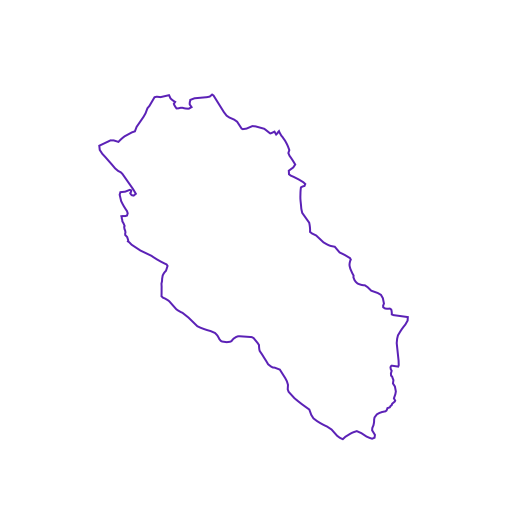 Dognecea, Caras-Severin, Romania, rotated 117°
{"feature_id": "2599482B59152503777278", "entity_name": "Dognecea", "entity_type": "district", "adm_level": 2, "iso_a3": "ROU", "parent_name": "Romania", "parent_adm1": "Caras-Severin", "projection": "albers", "projection_center": [21.734, 45.264], "detail": "fine", "context": "isolated", "style": "outline", "palette": "violet", "viewbox_px": 512, "rotation_deg": 117, "n_neighbors": 0, "source": "geoboundaries", "source_scale": "gbopen_adm2", "svg_char_len": 5120}
<svg xmlns="http://www.w3.org/2000/svg" viewBox="0 0 512 512"><g transform="rotate(117 256 256)"><path d="M299.8,377.2L300.4,376.8L301.1,376.8L301.3,375.2L302.4,372.0L303.6,361.5L303.3,349.2L303.6,347.1L303.8,344.9L304.0,342.8L304.1,340.6L304.2,338.4L304.2,336.3L304.2,334.1L304.1,331.9L305.0,330.3L310.0,329.5L311.3,329.9L312.8,330.2L314.2,330.3L315.7,330.3L318.9,329.3L320.0,328.8L321.2,328.3L322.3,328.0L323.5,327.7L326.3,326.1L329.1,324.7L331.9,323.3L334.8,321.9L335.4,319.8L335.2,318.0L335.3,316.3L335.4,314.5L335.7,312.8L339.6,302.9L339.9,301.1L340.0,299.3L340.1,297.5L340.0,295.7L341.5,288.3L345.2,276.4L345.1,272.9L344.7,269.3L344.2,265.9L343.5,262.4L343.2,257.6L343.5,256.7L343.8,255.8L344.1,255.0L344.5,254.1L345.0,253.3L345.5,252.6L346.0,251.8L346.6,251.1L347.6,248.8L347.6,247.4L346.1,243.0L344.2,240.2L343.0,239.2L341.8,239.0L340.6,238.7L339.5,238.3L338.5,237.7L337.4,237.1L336.7,236.5L336.0,235.9L335.4,235.1L335.0,234.3L330.2,223.0L330.2,220.9L331.1,218.9L332.0,216.8L332.9,214.8L334.0,212.9L335.3,212.2L336.6,211.4L337.9,210.5L339.0,209.5L340.9,206.0L342.9,202.7L344.9,199.3L347.0,196.0L347.7,192.2L347.7,190.4L347.0,188.7L346.4,183.2L351.6,174.4L353.6,171.6L356.3,169.0L360.4,167.2L362.2,165.3L365.3,157.1L366.3,152.5L367.2,147.9L367.9,143.4L368.6,138.8L372.5,134.6L374.6,131.1L375.4,126.6L375.5,125.4L375.7,122.9L375.8,120.3L375.8,117.8L375.7,115.3L376.3,109.9L379.4,102.0L379.4,101.7L379.7,100.2L379.9,98.6L379.9,97.1L379.8,95.5L376.5,94.3L371.4,91.2L370.0,90.2L368.7,89.1L367.5,87.9L366.3,86.7L366.0,81.7L366.7,75.6L366.5,72.3L366.1,69.6L364.1,67.9L361.4,68.8L358.6,73.4L356.4,74.3L353.5,74.5L352.4,74.8L351.3,75.1L350.2,75.5L349.1,76.0L348.1,76.5L346.0,77.1L342.2,76.4L341.3,75.8L340.4,75.2L339.5,74.5L338.7,73.7L337.9,73.0L337.2,72.1L336.5,71.3L335.8,70.3L334.6,69.6L333.5,69.6L331.8,69.8L331.5,69.4L330.1,68.1L328.4,68.0L327.4,67.4L325.8,67.6L322.7,66.3L321.7,66.3L320.2,68.5L315.9,69.1L313.2,69.9L309.2,73.0L307.4,76.1L304.2,77.2L302.7,78.9L301.6,80.0L301.3,81.3L299.3,82.5L298.8,82.6L296.7,83.0L295.7,84.5L294.2,85.6L293.7,85.7L293.1,85.7L292.6,85.6L292.1,85.3L290.0,79.1L288.4,79.3L284.6,81.4L269.7,91.1L265.6,92.7L262.2,93.5L261.0,93.4L258.0,93.2L255.1,92.9L252.1,92.4L249.2,91.8L244.7,91.6L241.5,93.0L246.3,106.8L246.4,108.5L245.2,109.1L244.2,109.7L243.2,110.4L242.3,111.2L242.1,112.9L242.8,114.0L243.4,115.1L243.9,116.3L244.2,117.5L243.9,119.4L242.5,120.2L240.3,120.4L236.0,123.8L233.9,127.0L233.7,130.7L234.6,137.6L233.1,142.4L232.7,145.7L233.4,147.3L233.9,149.0L234.2,150.8L234.4,152.5L234.3,153.5L234.0,154.5L233.7,155.5L233.2,156.4L232.8,157.2L230.8,159.5L229.1,160.2L227.7,162.3L226.1,164.3L224.5,166.2L222.6,167.9L221.9,168.4L221.2,168.8L220.4,169.1L219.6,169.4L218.7,169.6L217.9,169.8L217.0,169.9L216.2,169.9L215.2,171.3L215.0,174.2L214.8,177.2L214.8,180.1L214.9,183.1L212.0,190.0L213.1,193.9L213.3,195.1L213.4,196.8L213.4,198.6L213.3,200.3L213.2,202.1L210.4,211.7L210.5,216.4L210.0,218.8L207.9,219.8L205.9,221.0L204.0,222.3L202.2,223.7L196.6,234.4L195.4,235.4L194.2,236.4L193.0,237.3L191.7,238.1L190.1,239.1L188.4,240.2L186.7,241.3L184.9,242.4L183.0,243.4L180.9,244.4L178.8,245.4L176.7,246.3L174.5,247.1L173.7,246.6L172.9,246.0L172.2,245.3L171.6,244.6L169.5,244.8L168.8,247.2L168.6,249.8L168.4,252.7L168.4,255.6L168.4,258.5L168.6,261.5L168.2,263.7L165.1,265.5L160.2,263.0L156.7,262.6L155.3,264.8L154.0,267.0L152.7,269.3L151.5,271.6L149.6,273.9L146.5,274.4L144.1,277.0L143.1,278.2L142.1,279.5L141.2,280.8L140.3,282.1L139.5,283.5L138.8,284.9L138.0,286.3L137.4,287.8L137.3,288.0L136.8,288.8L135.6,290.6L135.3,291.0L135.1,291.3L134.3,292.2L135.8,292.6L136.7,292.6L137.0,292.6L137.7,292.9L138.6,293.2L136.8,296.0L138.4,297.2L139.4,298.0L140.3,298.9L140.3,299.3L139.3,304.2L138.9,306.4L140.7,315.2L141.9,318.2L146.8,322.3L149.0,325.4L149.0,326.7L144.9,333.8L144.4,337.4L144.7,342.7L144.3,345.9L142.4,349.9L132.3,366.7L132.1,368.4L135.0,369.6L136.8,371.9L143.4,382.4L146.6,385.3L146.7,385.2L147.9,385.1L149.0,384.8L150.1,384.4L151.1,383.8L152.6,381.0L155.2,382.7L155.9,384.1L156.5,385.6L157.0,387.2L157.3,388.7L158.2,390.5L158.9,391.3L159.6,392.1L160.1,392.9L160.6,393.8L160.0,395.0L159.3,396.2L158.6,397.3L157.7,398.3L155.4,398.0L155.3,399.5L155.1,400.9L154.8,402.3L154.4,403.7L152.2,406.5L157.8,413.2L159.1,416.7L160.6,418.5L170.7,419.1L173.6,419.8L179.1,419.2L183.1,419.4L195.1,421.0L199.9,420.5L202.2,422.7L209.0,427.4L210.9,428.3L212.8,429.1L214.8,429.8L216.8,430.4L217.6,435.2L219.0,438.1L228.9,445.7L232.4,443.4L234.7,439.4L236.4,434.8L238.2,430.3L240.0,425.8L241.9,421.3L242.8,417.5L242.8,414.5L243.5,412.3L252.1,396.1L255.1,391.3L257.7,392.4L258.2,394.1L258.1,394.8L257.8,395.4L257.5,396.0L257.1,396.6L256.3,396.5L255.6,396.5L254.8,396.7L254.2,397.0L254.4,398.5L258.1,401.8L260.7,405.8L263.3,405.3L268.3,401.1L270.0,398.8L271.7,396.3L273.2,393.8L274.6,391.3L276.2,389.7L278.5,389.3L279.7,390.5L280.6,392.2L281.1,393.2L281.7,394.0L282.6,393.1L283.4,392.7L284.4,391.7L285.8,390.8L287.1,388.8L288.2,387.5L288.9,386.7L289.9,386.7L291.7,385.4L292.7,384.2L294.1,383.1L295.5,382.7L296.7,382.0L297.1,380.8L297.6,379.4L299.8,377.2Z" fill="none" stroke="#5b21b6" stroke-width="2"/></g></svg>